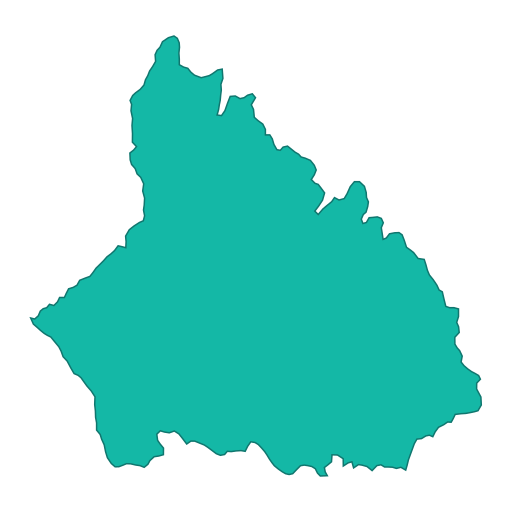 outline of Pocrane, Minas Gerais, Brazil
{"feature_id": "56859067B31563261400797", "entity_name": "Pocrane", "entity_type": "district", "adm_level": 2, "iso_a3": "BRA", "parent_name": "Brazil", "parent_adm1": "Minas Gerais", "projection": "equal_earth", "projection_center": [-41.556, -19.555], "detail": "fine", "context": "isolated", "style": "filled", "palette": "teal", "viewbox_px": 512, "rotation_deg": 0, "n_neighbors": 0, "source": "geoboundaries", "source_scale": "gbopen_adm2", "svg_char_len": 4198}
<svg xmlns="http://www.w3.org/2000/svg" viewBox="0 0 512 512"><path d="M402.1,234.8L399.0,232.6L394.6,232.8L389.5,233.8L386.3,238.0L383.1,239.4L382.4,234.8L381.3,227.7L383.3,222.8L381.3,218.4L377.3,216.9L372.9,217.4L369.1,217.7L366.4,222.5L362.9,223.5L361.3,219.1L363.3,214.5L366.0,212.2L367.7,206.6L368.4,201.9L366.5,197.5L366.2,192.5L364.4,186.3L359.5,181.7L354.4,181.7L350.3,186.6L347.1,193.7L344.2,198.6L339.0,200.0L334.5,197.6L331.7,201.7L327.4,205.2L323.1,208.8L318.2,214.5L314.8,211.1L318.6,206.1L322.5,200.2L324.6,192.9L321.0,188.0L318.2,184.4L315.0,183.3L311.3,179.5L314.3,174.8L316.2,170.0L314.3,165.3L310.4,160.4L305.3,158.2L301.1,157.0L298.6,154.2L295.1,152.2L290.9,148.8L287.5,146.1L283.1,147.1L280.3,150.3L276.9,149.7L273.9,144.4L272.3,138.9L269.8,134.9L265.4,134.9L265.4,129.4L262.8,124.1L258.1,120.7L254.3,117.3L253.5,109.4L251.3,104.8L255.5,97.7L252.3,93.8L247.6,95.2L244.1,97.7L240.0,98.6L235.3,96.0L230.2,96.4L227.7,102.8L224.9,110.7L221.5,115.6L217.1,115.0L218.6,109.5L219.3,104.8L220.2,100.4L220.7,94.8L221.3,90.1L220.9,84.4L222.9,78.4L222.2,69.1L217.6,70.0L212.5,73.7L209.3,75.6L205.6,76.6L201.2,77.7L194.5,75.2L190.9,72.2L187.8,68.3L183.6,67.1L179.3,64.7L179.3,59.1L178.9,53.1L179.5,47.3L179.2,42.8L177.3,38.3L174.0,36.0L168.4,37.7L162.5,41.7L160.0,47.2L157.1,50.3L155.1,54.7L155.6,61.4L152.6,66.6L149.6,71.0L147.8,75.6L145.5,79.7L144.0,85.0L140.2,89.4L135.6,92.8L132.7,95.5L130.1,100.4L131.6,104.4L131.0,110.8L132.6,118.5L132.0,125.4L132.5,133.6L132.4,142.2L136.5,146.6L133.6,150.1L129.9,153.0L130.2,159.9L131.6,164.5L135.2,168.6L137.1,173.9L140.7,177.3L143.7,183.8L142.7,191.0L144.6,198.1L144.2,205.2L143.5,210.0L144.6,215.8L143.3,220.8L139.4,222.5L134.0,226.0L129.3,229.7L125.6,236.1L126.1,241.7L125.8,247.7L121.6,246.6L118.1,245.8L114.6,250.5L110.9,253.9L107.0,256.8L103.6,260.7L100.1,264.2L96.1,268.1L93.0,272.5L89.9,276.4L85.2,278.1L79.7,280.3L77.0,285.2L73.2,287.4L68.6,288.8L66.2,293.5L64.4,297.5L59.6,297.5L57.5,301.9L53.9,305.5L49.5,304.3L46.7,307.7L43.2,308.7L40.3,311.1L38.3,315.8L34.7,319.0L30.7,318.0L33.4,324.1L37.1,327.3L40.4,330.3L44.2,333.4L47.3,335.3L50.8,337.0L54.9,342.0L58.8,346.7L61.1,351.1L63.1,356.7L67.2,361.1L70.9,368.1L74.1,373.6L78.1,375.3L81.0,377.7L83.4,381.1L87.0,386.1L91.2,390.9L95.0,396.8L94.7,404.5L95.4,411.0L95.6,417.3L96.6,422.9L96.6,430.1L100.2,434.5L101.6,439.1L104.2,444.8L105.6,451.8L107.4,457.7L111.3,463.5L115.1,466.8L118.9,466.7L123.1,465.1L126.4,463.7L130.6,463.8L135.7,465.0L139.9,465.6L144.2,467.3L147.9,464.3L149.9,460.6L154.2,456.7L158.8,456.0L163.4,454.7L163.5,448.1L159.9,443.7L157.6,440.3L156.8,434.2L160.3,430.8L164.3,432.0L169.3,432.8L174.3,431.0L178.9,433.9L182.1,437.9L186.7,444.0L190.9,441.1L194.7,441.1L199.4,443.0L204.3,445.0L207.8,447.3L212.6,450.9L216.3,453.7L220.4,455.3L224.6,454.5L227.3,451.3L231.2,451.6L236.1,450.9L241.0,450.6L245.2,451.3L247.7,446.2L250.8,441.8L255.0,442.5L258.3,444.5L261.7,448.1L264.7,451.6L267.0,455.0L269.4,459.0L271.9,462.6L274.3,465.7L278.3,469.0L282.3,471.8L285.6,473.7L289.1,474.5L292.7,473.7L296.7,469.5L300.5,465.7L304.2,465.1L307.7,465.6L311.8,466.5L315.3,468.7L317.5,473.1L320.3,476.0L327.3,475.7L325.2,471.9L324.4,467.5L327.9,464.8L331.5,461.8L332.0,454.8L337.5,455.0L343.2,458.7L343.3,466.0L348.1,462.9L351.9,461.8L353.6,467.9L358.5,464.6L361.9,465.1L367.0,466.5L372.1,470.6L376.9,465.6L381.0,464.8L384.6,467.0L388.3,467.0L392.4,467.2L396.4,468.4L400.9,467.3L405.7,470.1L407.1,465.3L408.4,459.9L410.6,453.8L412.3,449.2L414.3,443.7L416.9,439.1L421.5,438.6L425.9,435.9L429.4,435.2L432.8,436.7L435.2,431.8L438.5,427.3L443.7,424.7L447.6,422.0L451.2,422.2L453.2,418.6L455.2,414.4L461.0,413.7L465.8,413.4L470.2,412.6L474.5,411.7L478.0,410.7L481.3,405.0L480.9,397.0L478.8,393.1L476.6,389.0L476.7,383.1L480.4,379.2L478.6,375.5L474.8,373.3L471.5,371.6L467.7,368.9L464.0,365.7L461.1,362.0L462.2,356.1L459.6,350.6L457.1,347.8L454.9,344.1L454.8,337.3L459.2,332.5L458.6,326.8L456.7,322.4L458.5,316.5L458.5,308.9L454.0,307.7L449.6,307.7L445.8,306.4L444.0,299.2L442.3,291.8L439.1,290.0L436.9,285.2L433.2,279.7L429.4,275.0L427.4,270.3L425.9,264.7L424.2,259.4L418.1,258.5L413.7,252.7L410.6,250.2L406.5,247.3L404.2,240.2L402.1,234.8Z" fill="#14b8a6" stroke="#0f766e" stroke-width="1.5"/></svg>